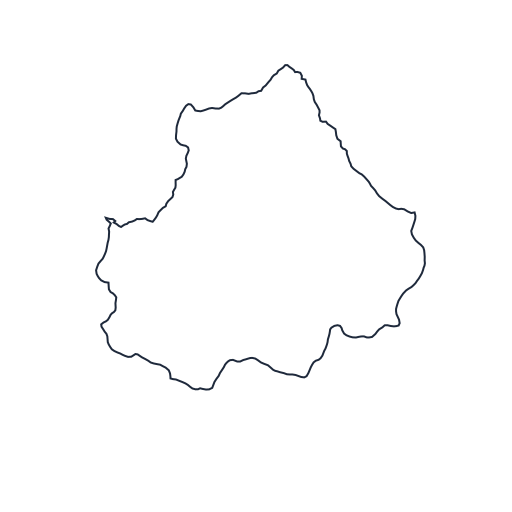 Rio Paranaíba, Minas Gerais, Brazil (orthographic projection), rotated 312°
{"feature_id": "56859067B47989676125638", "entity_name": "Rio Paranaíba", "entity_type": "district", "adm_level": 2, "iso_a3": "BRA", "parent_name": "Brazil", "parent_adm1": "Minas Gerais", "projection": "orthographic", "projection_center": [-46.305, -19.247], "detail": "fine", "context": "isolated", "style": "outline", "palette": "slate", "viewbox_px": 512, "rotation_deg": 312, "n_neighbors": 0, "source": "geoboundaries", "source_scale": "gbopen_adm2", "svg_char_len": 4986}
<svg xmlns="http://www.w3.org/2000/svg" viewBox="0 0 512 512"><g transform="rotate(312 256 256)"><path d="M324.7,115.5L323.5,113.5L324.6,110.0L325.0,106.2L323.6,104.1L320.9,103.5L317.6,103.9L314.9,104.5L311.5,104.9L309.3,106.1L307.3,106.8L304.9,107.7L302.1,109.0L299.3,110.4L297.5,111.7L295.3,113.6L292.2,115.8L289.6,118.0L288.4,121.2L288.4,125.3L289.5,127.7L290.9,130.1L291.2,132.9L289.5,135.3L287.0,136.3L283.9,137.2L281.4,138.7L279.7,141.0L278.3,142.9L275.7,144.7L273.2,145.3L270.9,146.6L268.0,147.5L265.1,147.8L263.0,147.1L260.9,146.5L258.7,145.4L256.7,147.2L254.8,149.0L252.8,150.4L250.5,150.8L248.0,151.4L246.3,153.4L243.9,154.5L241.5,154.3L238.1,154.0L234.9,154.4L232.5,155.6L229.5,154.6L226.0,154.4L223.3,154.3L220.1,155.4L217.6,155.9L214.5,156.2L212.3,156.3L211.3,154.3L210.1,151.4L209.8,148.4L207.2,146.4L205.2,144.5L203.8,142.7L201.3,142.1L198.7,140.9L195.9,138.9L193.6,138.7L191.6,137.4L189.6,136.8L187.3,136.3L186.6,134.1L186.5,131.0L185.7,127.9L187.8,128.0L187.7,125.0L185.6,122.4L183.9,118.8L183.0,120.8L183.1,123.6L183.0,126.3L180.6,127.2L177.8,128.0L175.8,130.6L173.4,132.5L171.6,134.0L169.2,135.6L166.6,136.9L164.0,138.5L161.4,140.1L159.3,141.3L156.7,142.3L153.6,143.3L151.3,143.9L148.4,143.9L145.0,144.0L141.8,145.2L138.4,146.7L136.1,149.5L135.2,151.8L134.6,154.0L134.3,157.2L135.3,160.9L137.5,164.2L135.1,166.6L132.8,169.0L131.9,172.1L132.5,174.6L132.4,177.3L131.8,179.8L129.7,181.3L126.9,183.1L125.2,184.8L123.7,186.3L121.5,187.8L119.3,187.9L117.0,187.3L115.0,187.3L112.6,188.0L109.4,188.6L107.0,188.2L104.6,187.2L101.6,186.7L100.1,188.5L99.3,191.5L98.5,194.2L98.1,196.9L96.8,199.3L95.0,201.2L92.8,203.5L91.7,205.8L90.8,208.7L90.2,211.3L90.6,214.3L91.6,217.6L92.7,220.4L93.3,222.9L94.1,225.4L95.4,228.4L97.7,230.7L100.2,231.4L102.5,232.0L103.7,233.9L104.0,236.3L104.4,239.1L105.3,242.5L106.1,246.1L106.4,249.0L107.7,251.9L109.6,255.1L111.1,257.5L111.7,260.2L112.6,263.5L112.7,267.7L111.2,270.7L109.5,272.7L107.8,274.4L108.9,276.6L110.7,279.2L111.9,282.5L113.1,285.7L114.1,288.8L114.6,291.6L114.7,294.5L115.0,297.4L116.5,300.3L118.2,302.1L120.3,303.0L121.4,305.1L123.3,308.2L125.5,310.4L128.7,311.7L131.8,310.5L134.6,309.4L138.3,308.8L141.9,308.5L145.0,307.5L148.6,307.0L151.8,306.5L154.6,305.7L156.9,305.6L159.2,305.8L161.2,306.4L163.4,308.4L164.2,310.5L165.0,312.6L166.9,314.8L170.3,316.2L172.1,317.4L174.3,318.7L176.4,320.0L177.9,321.6L179.3,324.1L179.8,327.0L180.2,330.9L181.2,333.9L182.8,338.0L182.9,342.0L182.9,344.9L183.5,347.1L184.6,349.1L185.6,351.4L187.6,355.1L188.8,358.1L190.5,360.3L192.3,362.3L194.1,365.1L195.2,367.8L196.3,370.5L198.1,373.1L200.5,374.0L203.9,373.3L207.1,372.2L209.9,371.2L212.6,370.5L215.5,370.0L218.2,370.5L220.8,372.0L223.2,372.4L226.4,372.0L229.5,370.8L231.4,370.1L233.6,369.6L235.9,368.7L238.0,367.8L239.9,366.8L242.2,365.2L245.0,363.9L247.3,362.7L249.2,361.5L251.1,360.2L253.2,360.0L256.5,361.0L259.1,362.9L260.3,365.2L259.7,367.9L258.5,369.8L257.3,373.4L257.6,376.2L258.8,379.5L260.2,382.2L262.3,384.8L264.7,386.5L266.6,388.0L268.5,390.0L269.6,392.8L271.2,394.6L273.5,396.4L277.9,396.9L281.1,396.6L283.9,396.6L287.6,397.7L290.6,398.0L292.5,400.0L294.1,402.9L296.0,405.6L297.8,407.2L299.8,408.5L302.2,407.7L304.4,404.9L305.6,402.1L306.8,399.3L308.6,397.1L310.4,395.5L312.5,394.4L315.0,393.2L318.0,391.9L321.7,391.2L324.1,390.8L326.6,390.5L330.9,390.6L333.8,391.3L337.0,392.3L339.9,392.6L342.6,392.7L345.3,392.3L347.9,392.1L350.7,391.6L354.2,390.8L357.4,389.5L359.5,388.4L361.5,387.7L363.6,386.4L365.5,384.3L368.3,381.9L371.0,379.1L372.8,377.1L374.3,374.5L374.6,371.1L374.4,368.0L374.4,364.4L375.1,361.1L376.4,357.4L378.5,354.6L381.6,353.4L384.8,352.0L387.9,350.6L390.0,349.6L392.5,347.6L394.5,344.7L391.8,342.6L390.6,338.9L389.9,334.9L388.3,332.4L386.2,330.6L384.9,328.2L384.0,324.9L383.7,321.5L383.6,318.6L383.5,315.6L383.1,311.6L382.9,307.4L383.5,303.9L384.5,300.7L384.9,297.4L385.1,294.6L386.0,292.2L386.6,290.2L386.9,287.8L387.4,283.3L387.4,279.9L386.7,277.5L386.4,274.0L386.1,270.1L386.4,266.8L387.8,264.6L389.0,261.6L390.4,259.5L391.7,257.0L392.8,255.1L394.8,253.2L394.9,250.7L394.0,248.7L394.3,245.8L395.9,244.1L397.9,242.1L397.6,238.1L399.4,234.9L401.6,232.4L403.4,230.1L403.0,227.5L402.6,224.2L402.1,220.9L402.7,218.1L400.3,215.7L399.6,213.3L401.1,211.5L402.7,208.6L405.2,207.2L406.8,205.7L407.9,202.8L409.0,199.8L409.8,196.6L411.2,194.1L413.4,191.5L414.7,189.1L415.4,187.1L416.2,184.2L416.6,181.9L417.2,179.7L418.6,177.0L420.2,174.7L418.2,171.4L420.6,169.5L421.8,166.3L420.4,163.5L418.8,162.0L419.5,159.6L419.3,157.0L418.9,154.1L418.9,151.7L417.4,150.0L414.1,150.0L411.2,149.3L408.7,148.6L405.5,149.3L402.3,148.3L399.6,148.3L396.7,148.9L393.6,148.9L389.2,149.1L386.0,148.5L382.2,149.3L380.1,147.6L377.6,147.0L375.4,145.2L373.8,143.7L371.6,142.1L369.6,139.1L367.2,136.3L363.0,135.7L360.2,135.1L357.2,134.1L354.2,133.2L351.6,132.5L348.2,131.6L345.1,131.3L342.9,130.9L340.8,129.9L338.5,127.2L336.6,124.3L334.2,122.4L330.9,120.7L328.5,119.3L326.5,118.0L324.7,115.5Z" fill="none" stroke="#1e293b" stroke-width="2"/></g></svg>